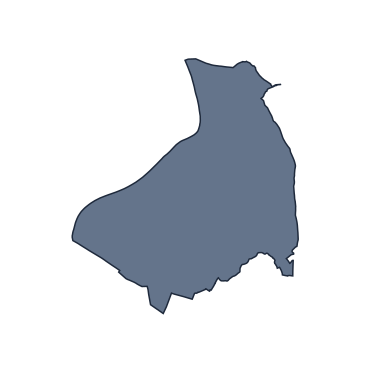 the district of Gennep, Limburg, Netherlands, rotated 63°
{"feature_id": "6326949B74696294770759", "entity_name": "Gennep", "entity_type": "district", "adm_level": 2, "iso_a3": "NLD", "parent_name": "Netherlands", "parent_adm1": "Limburg", "projection": "natural_earth1", "projection_center": [5.991, 51.696], "detail": "fine", "context": "isolated", "style": "filled", "palette": "slate", "viewbox_px": 384, "rotation_deg": 63, "n_neighbors": 0, "source": "geoboundaries", "source_scale": "gbopen_adm2", "svg_char_len": 5853}
<svg xmlns="http://www.w3.org/2000/svg" viewBox="0 0 384 384"><g transform="rotate(63 192 192)"><path d="M287.6,240.5L286.6,239.3L283.5,235.8L283.7,234.8L284.0,234.2L284.3,233.7L284.2,232.7L284.0,232.1L284.4,231.7L284.9,224.2L284.5,223.9L284.9,223.3L285.8,222.9L288.2,221.5L288.1,221.3L288.2,221.2L287.4,220.4L287.4,220.2L288.0,219.7L288.1,219.3L287.9,219.1L287.0,217.7L285.9,215.8L285.0,214.5L284.7,214.1L284.5,213.9L284.3,213.7L284.2,213.6L284.2,213.2L284.1,212.9L283.9,212.9L283.4,212.6L283.3,212.2L283.0,211.8L282.8,211.6L282.5,211.3L282.4,211.0L282.3,210.7L282.0,210.5L281.8,210.2L281.7,210.0L281.6,209.7L281.3,209.5L281.2,209.3L281.2,209.2L281.0,208.8L280.8,208.6L280.6,208.2L280.5,207.4L281.3,207.4L282.6,207.1L283.6,206.8L284.1,206.5L284.4,206.2L284.7,205.8L285.0,205.2L285.5,204.3L286.0,203.0L286.1,202.7L286.3,202.4L287.0,201.5L287.2,201.2L287.3,200.8L287.2,200.3L287.2,200.0L286.6,198.5L286.4,197.9L285.8,194.3L285.8,193.7L286.1,192.0L286.0,191.4L286.0,190.7L285.7,189.4L285.3,188.1L285.2,187.2L285.0,186.0L284.9,185.7L284.5,185.3L283.5,184.8L283.1,184.6L282.1,184.0L281.7,183.7L280.2,181.9L279.9,181.3L279.5,180.6L279.4,180.2L279.5,179.9L279.8,179.0L279.9,178.7L280.0,178.1L280.2,176.5L280.2,175.9L280.2,175.5L280.0,174.9L279.9,174.5L279.7,174.1L279.3,173.5L278.9,172.9L278.1,172.1L277.9,171.8L277.7,171.4L277.8,170.9L278.2,170.0L278.4,169.4L278.3,167.8L278.3,165.3L278.2,164.3L278.0,163.7L277.6,162.9L277.5,162.7L276.7,161.9L276.6,161.6L276.3,160.9L276.2,160.5L276.5,159.8L276.8,159.1L277.4,157.8L277.8,157.2L278.1,156.9L279.0,156.3L279.9,155.8L280.3,155.4L280.5,155.0L280.4,153.6L280.5,153.3L280.6,153.0L281.1,152.6L281.7,152.3L282.6,152.0L282.9,152.1L284.0,151.4L284.7,151.1L284.9,151.0L285.7,150.6L286.1,150.3L286.7,149.9L287.4,150.0L287.6,150.0L287.9,149.6L288.0,149.5L288.3,149.4L289.0,149.3L289.9,149.1L290.3,149.1L290.6,149.1L290.8,149.3L291.4,149.9L291.6,150.1L292.2,150.3L292.3,150.5L292.5,150.6L292.9,150.6L293.3,150.7L293.7,150.6L294.4,150.3L294.9,150.4L295.3,150.4L295.9,150.3L297.2,150.3L298.6,150.6L298.8,148.9L298.9,148.2L300.6,148.1L302.6,148.1L304.8,148.4L305.4,148.5L306.9,149.1L308.8,146.8L309.3,146.1L310.1,145.1L309.9,145.0L310.5,143.4L310.6,143.1L310.9,142.6L311.6,141.7L312.5,140.3L307.9,137.9L298.9,132.9L298.7,133.2L298.6,133.9L299.9,136.6L299.9,137.3L297.5,137.5L294.9,138.0L294.2,138.2L293.3,134.0L292.9,131.9L293.1,131.2L293.5,129.7L292.7,129.2L290.8,130.0L290.5,129.9L289.6,129.2L289.4,129.1L288.0,124.7L288.1,123.3L287.7,122.9L285.5,121.4L284.2,120.4L282.9,119.2L281.8,118.6L276.1,116.0L274.8,115.5L269.4,113.2L266.6,112.2L262.7,111.1L261.7,110.9L259.8,110.5L259.4,110.3L257.4,109.2L255.4,108.0L253.0,106.8L252.0,106.2L247.4,104.4L244.6,103.6L241.4,102.2L239.5,101.5L233.5,99.0L233.0,98.8L230.6,96.8L229.1,96.0L227.2,95.3L226.0,94.8L225.4,94.4L224.7,93.8L223.7,93.1L222.6,92.6L219.0,90.4L218.2,89.8L217.3,89.1L216.1,88.2L215.0,87.7L212.0,87.0L210.2,86.7L208.0,86.5L202.8,86.2L201.8,86.2L200.3,85.9L198.3,85.3L197.4,85.3L196.3,85.5L194.9,85.8L190.6,86.4L188.3,86.5L186.2,86.6L184.7,86.5L177.2,85.4L175.9,85.3L175.0,85.2L173.7,85.3L170.2,85.7L167.7,86.3L167.2,86.5L166.6,86.9L166.2,87.1L165.5,87.2L164.8,87.2L162.8,86.8L160.5,86.5L156.4,86.6L154.0,86.6L151.5,86.5L151.0,86.6L147.8,87.7L146.1,87.4L144.5,87.1L143.3,86.8L141.9,87.2L140.1,88.1L139.8,87.5L139.7,86.2L139.4,85.5L139.1,84.9L138.7,84.3L137.5,83.2L137.1,82.3L136.2,81.2L136.0,80.8L136.0,80.6L136.2,79.9L136.2,79.7L135.6,79.0L135.0,78.5L134.7,77.9L134.6,76.9L135.1,71.5L135.0,70.7L135.0,70.0L135.1,69.3L135.4,68.5L135.3,67.6L135.6,66.4L135.8,65.9L136.2,65.1L136.5,64.0L136.5,63.8L134.6,68.5L134.5,69.1L134.5,69.9L134.6,71.1L134.7,71.3L134.9,72.2L134.9,72.3L133.9,72.8L133.1,72.9L132.7,73.0L132.1,73.2L131.6,72.9L126.5,75.7L124.6,76.9L123.9,77.1L122.7,77.7L119.5,78.7L119.1,78.9L118.6,79.0L112.9,79.8L112.3,79.6L111.6,79.6L111.0,79.4L110.0,79.0L107.8,79.6L107.7,79.6L107.4,80.4L107.0,80.8L105.1,81.5L104.8,81.6L103.8,81.7L102.5,82.5L101.3,83.6L100.5,84.1L100.4,84.1L100.4,84.3L100.3,84.5L100.3,85.0L100.2,85.4L99.7,86.4L99.3,86.9L99.1,87.4L99.0,88.0L98.8,88.0L98.8,88.4L98.5,91.7L98.6,93.7L99.4,97.1L99.8,99.0L99.2,99.8L96.1,104.7L92.9,109.3L92.8,109.6L90.5,113.0L88.9,115.3L87.5,117.0L87.2,117.3L85.9,118.6L83.6,121.1L75.1,128.2L71.9,135.1L71.6,137.4L71.5,138.4L78.4,138.9L83.1,139.4L87.3,139.8L88.8,140.0L90.2,140.3L93.3,141.0L94.9,141.3L99.5,142.3L102.7,143.2L105.5,143.9L106.5,144.1L111.3,145.0L116.6,146.4L118.9,147.1L122.6,148.4L128.1,150.2L130.1,151.2L131.6,151.9L133.7,153.1L134.3,153.6L135.8,154.7L136.3,155.0L138.0,156.6L139.3,157.9L140.3,159.0L140.5,159.4L141.1,160.7L141.5,161.9L142.0,164.1L142.1,165.7L142.2,167.9L142.2,172.2L142.1,173.3L141.8,177.3L141.8,179.1L141.9,180.0L142.1,181.1L142.4,182.8L142.7,184.5L143.2,185.9L143.4,186.6L145.9,193.5L146.9,197.0L147.2,198.7L147.3,199.0L147.5,200.3L147.8,201.2L148.1,202.3L148.5,203.1L151.2,211.0L152.0,213.6L154.0,219.9L155.2,224.3L156.5,229.4L157.1,233.1L157.8,237.6L158.1,242.0L158.3,246.4L158.3,250.8L158.0,255.3L157.6,259.7L156.8,265.8L156.5,267.9L156.1,271.4L155.8,274.6L155.6,276.8L155.6,277.9L155.6,280.0L155.6,282.3L155.8,284.6L156.0,286.9L156.4,289.5L157.1,293.0L157.5,294.7L158.0,296.3L158.7,298.2L159.1,299.4L160.1,301.3L161.3,303.4L162.0,304.5L163.7,306.7L164.6,307.7L166.2,309.5L167.4,310.6L171.7,314.4L173.1,315.8L174.4,316.9L175.8,317.9L176.1,318.2L176.5,318.5L178.0,319.3L181.2,320.2L185.1,317.6L185.9,317.1L190.8,314.2L195.1,311.6L197.5,310.2L209.8,302.5L213.5,300.5L214.0,300.3L221.5,296.2L225.2,294.1L229.1,292.0L230.1,293.7L237.8,290.7L239.3,290.1L240.9,288.9L242.1,287.8L246.0,284.6L247.7,283.4L248.8,282.8L249.6,282.3L251.1,281.3L253.5,279.5L255.7,274.8L256.3,274.9L259.1,275.5L263.3,277.0L273.6,280.1L287.2,272.8L283.4,267.9L283.0,267.4L282.9,267.2L272.8,256.2L274.7,254.4L281.4,247.0L285.4,242.8L287.6,240.5Z" fill="#64748b" stroke="#1e293b" stroke-width="1.5"/></g></svg>